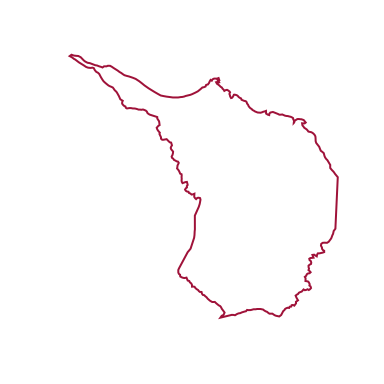 outline of Manaus, Amazonas, Brazil, rotated 192°
{"feature_id": "56859067B19740066792798", "entity_name": "Manaus", "entity_type": "district", "adm_level": 2, "iso_a3": "BRA", "parent_name": "Brazil", "parent_adm1": "Amazonas", "projection": "albers", "projection_center": [-60.096, -2.573], "detail": "fine", "context": "isolated", "style": "outline", "palette": "rose", "viewbox_px": 384, "rotation_deg": 192, "n_neighbors": 0, "source": "geoboundaries", "source_scale": "gbopen_adm2", "svg_char_len": 5966}
<svg xmlns="http://www.w3.org/2000/svg" viewBox="0 0 384 384"><g transform="rotate(192 192 192)"><path d="M304.2,296.6L305.4,295.2L307.1,295.5L308.8,295.6L311.2,296.0L312.9,295.9L318.7,296.8L321.1,296.7L323.8,297.5L325.2,298.2L328.9,300.7L331.5,301.4L333.7,301.1L336.0,300.9L338.4,301.2L339.9,299.5L337.5,298.8L335.0,297.6L333.8,297.3L329.6,295.3L324.3,293.4L321.6,292.3L319.5,292.0L316.8,292.3L315.4,292.9L313.9,292.8L312.3,290.9L310.6,289.6L308.8,289.1L307.3,288.2L305.0,285.4L303.0,283.3L301.5,281.9L299.3,280.6L297.2,279.5L295.8,278.8L294.4,278.4L292.7,278.1L291.1,277.7L289.9,276.6L288.9,275.6L286.8,274.3L285.6,273.1L284.4,271.7L283.5,270.7L281.4,267.8L278.7,266.8L279.0,265.5L278.7,263.9L277.6,262.9L276.3,262.1L274.9,261.8L274.2,260.6L273.0,260.2L271.7,260.7L270.3,261.2L268.8,261.4L267.3,261.4L265.9,261.7L264.5,261.8L262.9,261.7L261.4,261.5L259.9,261.8L258.6,261.9L257.1,262.5L255.5,262.3L254.1,262.0L252.9,261.3L252.1,260.1L250.9,259.4L249.5,258.9L241.6,258.1L241.2,256.6L240.1,255.5L238.9,254.3L238.4,253.0L237.6,250.7L238.6,249.8L239.9,247.5L239.1,246.2L238.1,245.1L237.0,244.2L235.8,243.3L235.9,242.0L233.7,239.1L233.4,237.7L232.0,236.9L230.7,237.2L229.3,237.8L227.8,238.4L226.6,237.6L225.4,236.8L224.1,236.0L222.7,236.0L221.3,233.5L221.8,232.1L222.0,230.7L221.3,229.5L218.9,227.6L218.7,226.1L218.8,224.0L219.3,222.5L218.7,221.3L217.3,220.7L216.2,219.6L214.7,219.3L213.5,218.8L212.0,218.8L211.0,217.7L211.3,216.3L211.7,214.9L211.5,213.3L211.5,211.9L210.1,210.9L209.1,209.9L208.2,208.7L207.4,207.5L205.9,207.2L205.5,205.9L205.3,204.4L204.8,202.8L204.6,201.1L204.1,199.8L203.1,198.7L201.8,199.5L200.5,200.3L199.1,200.8L198.4,199.5L197.7,198.0L198.3,196.7L197.9,195.4L198.9,194.2L199.3,192.9L198.3,191.9L196.9,191.4L195.5,191.5L194.7,190.4L193.3,190.2L191.9,189.4L190.6,189.9L189.3,190.8L188.8,187.7L187.7,186.6L186.5,185.9L185.6,187.3L184.2,187.8L182.8,187.7L182.1,186.2L182.0,182.9L182.0,181.7L182.3,178.8L184.3,169.5L181.4,156.0L181.2,154.0L180.6,150.3L180.4,147.6L181.6,136.3L182.7,134.1L183.7,132.3L188.9,114.4L189.2,112.8L188.6,110.3L187.8,109.2L186.5,108.6L185.9,106.9L184.3,106.4L182.7,106.2L181.3,106.3L179.6,107.1L178.7,105.8L177.8,104.5L176.2,104.4L175.3,103.2L173.7,102.4L172.7,101.1L172.3,99.4L170.9,99.8L169.8,99.8L168.6,98.7L167.2,97.9L165.7,97.4L164.7,96.5L163.5,95.9L161.9,96.2L161.1,94.6L160.0,93.6L158.5,93.6L157.4,92.8L155.9,92.1L154.5,90.9L151.8,89.4L149.4,88.6L146.8,89.2L145.2,88.2L142.3,86.7L140.6,86.2L139.5,85.2L138.6,84.0L136.2,81.9L135.1,80.9L135.3,79.5L135.8,78.1L137.2,77.1L138.1,75.0L127.5,80.1L125.6,80.4L124.3,80.4L122.6,82.0L121.3,82.9L119.5,83.6L118.4,84.5L115.7,86.0L114.4,86.6L113.6,88.1L112.2,88.2L110.1,88.7L108.7,89.4L107.4,90.1L105.4,90.5L104.0,91.1L102.2,91.5L100.5,91.8L98.0,91.8L96.6,91.1L95.1,90.6L93.7,90.4L92.4,89.7L91.0,89.1L88.0,89.7L86.7,89.1L85.3,88.6L84.0,88.4L80.8,88.4L79.2,90.2L78.0,94.5L77.1,95.6L76.6,97.0L75.5,98.0L74.3,98.7L72.9,98.8L72.6,100.1L71.1,100.6L71.0,102.0L69.7,102.5L68.3,102.1L67.1,104.7L67.5,106.2L65.8,108.1L67.3,109.7L68.3,111.0L69.1,112.2L68.2,113.3L67.0,114.4L66.5,115.7L65.3,116.6L64.0,117.4L63.3,118.6L62.6,119.9L61.2,119.4L59.9,120.0L58.7,120.9L57.4,120.4L56.3,121.5L55.6,122.8L56.4,124.3L57.7,124.9L57.7,126.3L58.6,127.5L59.6,128.5L61.0,128.6L62.5,128.5L63.0,131.3L64.0,132.4L62.9,133.8L62.6,135.4L61.5,136.5L60.1,137.0L59.3,138.2L60.5,139.1L61.8,139.8L61.6,141.4L62.3,142.6L62.7,144.1L61.9,145.3L60.6,146.4L60.7,147.8L61.4,149.1L62.8,149.8L63.4,151.1L62.5,152.0L59.5,153.0L60.3,154.2L61.1,155.5L59.5,156.1L58.1,155.5L56.6,155.0L56.6,156.6L56.2,158.1L54.3,158.6L51.5,159.9L50.2,160.7L50.5,162.0L51.8,162.4L52.9,163.4L53.4,164.8L54.7,166.3L54.8,168.1L53.7,169.4L52.2,169.9L49.3,170.4L47.9,171.8L47.2,173.4L46.6,174.6L46.1,176.0L45.9,177.5L45.7,178.9L45.3,180.4L45.3,183.3L44.1,185.9L52.5,236.8L55.9,239.5L57.0,240.6L58.1,241.5L59.5,242.4L61.7,244.1L62.1,245.5L62.4,247.2L63.8,248.7L66.2,251.3L67.6,252.2L69.0,253.5L69.9,254.8L71.2,257.4L73.2,258.5L74.6,259.1L75.7,260.7L77.0,262.7L78.2,263.7L80.7,265.8L81.6,267.4L82.4,270.6L82.9,272.1L83.9,273.3L85.1,274.2L86.4,274.9L87.8,275.3L89.2,275.3L90.7,275.3L91.8,276.3L92.9,277.1L95.6,278.2L96.6,279.2L97.8,280.1L98.6,282.1L96.1,282.5L95.2,283.6L97.7,285.6L100.0,285.9L101.3,285.7L102.7,285.6L104.2,285.2L105.2,284.2L106.4,283.3L106.3,282.7L106.5,282.0L106.5,281.2L106.8,280.7L106.9,281.6L106.9,282.3L106.9,282.9L108.0,284.0L108.5,285.3L109.8,285.8L111.2,286.1L112.6,286.1L114.0,286.2L115.5,286.0L117.0,286.0L118.4,286.3L119.8,286.6L121.2,286.1L122.7,285.8L124.1,286.2L128.2,286.9L129.5,287.1L131.9,286.0L132.6,284.7L132.5,283.3L134.0,283.4L135.8,284.1L136.5,286.7L137.7,285.9L139.0,285.3L140.1,284.5L141.4,283.8L144.4,283.4L147.2,283.9L148.4,284.4L149.9,284.8L150.9,285.6L152.3,286.1L153.5,286.9L154.5,287.8L155.4,289.1L156.5,289.9L157.2,291.2L158.3,292.0L159.9,292.0L162.7,292.5L163.4,293.7L164.7,294.0L166.1,294.6L167.2,295.5L168.4,296.0L170.5,296.1L171.3,295.8L171.5,294.7L171.9,293.5L172.5,292.4L173.3,292.0L173.8,292.6L174.5,293.3L175.0,294.5L175.7,295.5L175.8,296.2L175.5,297.4L176.2,298.1L177.6,298.8L179.0,299.2L180.3,298.6L181.4,297.6L182.4,298.7L183.6,299.4L184.5,300.4L185.9,300.9L187.1,301.7L188.4,302.4L190.1,303.1L191.2,304.4L190.1,304.9L189.5,304.7L189.0,304.5L188.2,304.9L188.6,305.5L190.3,307.0L188.7,307.3L189.7,309.0L191.1,308.1L192.5,307.8L194.0,307.5L195.3,306.5L195.8,305.0L197.1,305.5L197.7,303.9L198.0,302.2L198.5,301.2L198.8,300.5L200.4,299.7L200.7,298.0L202.3,296.9L203.6,296.4L204.5,295.1L205.5,293.8L207.2,291.7L209.5,289.8L212.4,287.6L214.0,286.6L218.2,284.6L219.4,283.8L221.1,283.0L222.8,282.5L225.2,281.6L230.2,280.5L234.3,280.2L236.7,280.0L239.8,279.9L242.7,279.9L245.6,280.8L249.3,282.0L252.4,283.1L256.0,284.4L260.7,286.4L263.8,288.0L266.7,289.4L270.6,290.9L273.4,291.4L275.8,291.7L277.6,291.9L280.1,292.0L282.4,292.2L284.2,292.9L285.9,293.7L287.8,294.3L289.9,295.3L294.5,297.0L296.4,297.8L298.4,298.4L300.5,298.0L301.8,297.1L304.2,296.6Z" fill="none" stroke="#9f1239" stroke-width="2"/></g></svg>